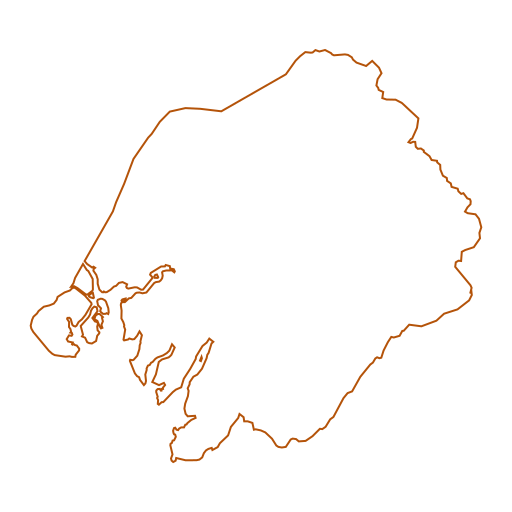 outline of Boke, Boke, Guinea
{"feature_id": "49546643B57120226425021", "entity_name": "Boke", "entity_type": "district", "adm_level": 2, "iso_a3": "GIN", "parent_name": "Guinea", "parent_adm1": "Boke", "projection": "albers", "projection_center": [-14.504, 11.069], "detail": "fine", "context": "isolated", "style": "outline", "palette": "amber", "viewbox_px": 512, "rotation_deg": 0, "n_neighbors": 0, "source": "geoboundaries", "source_scale": "gbopen_adm2", "svg_char_len": 5970}
<svg xmlns="http://www.w3.org/2000/svg" viewBox="0 0 512 512"><path d="M421.4,326.3L436.4,320.7L444.1,313.7L457.5,309.4L469.1,300.4L471.8,295.0L471.4,291.5L470.2,293.5L471.6,287.8L470.5,285.3L455.2,266.8L455.8,262.3L458.5,260.7L461.1,261.0L461.8,251.8L465.3,250.0L473.8,247.2L480.0,238.3L479.4,232.9L481.3,227.3L479.0,218.8L475.5,214.3L467.7,213.2L465.0,211.6L467.5,207.3L470.5,204.2L470.7,201.2L470.0,199.3L467.3,198.4L463.4,193.2L461.2,193.9L458.4,191.3L457.7,188.7L451.6,186.9L450.8,183.4L447.1,180.9L446.8,178.0L442.9,175.7L440.4,169.6L440.2,164.9L437.2,162.4L437.0,160.8L431.6,160.0L429.5,156.2L423.8,151.9L423.8,150.5L420.9,148.5L417.8,148.8L415.8,146.8L415.2,141.9L413.1,141.8L410.5,143.0L408.5,142.2L410.9,139.1L412.2,138.5L417.0,127.8L418.4,118.4L401.9,103.0L395.6,99.7L386.5,99.5L382.3,98.1L383.2,92.0L378.7,89.9L378.2,87.9L376.4,85.5L377.6,79.2L381.5,73.2L379.0,67.7L372.2,60.9L366.1,66.0L356.5,62.6L353.0,59.6L351.8,57.3L348.0,54.9L344.9,54.4L334.0,55.3L332.2,54.5L331.0,53.1L325.0,50.0L319.4,51.5L315.4,50.1L312.6,52.5L310.8,52.7L305.3,52.1L300.1,56.2L295.6,60.7L285.9,74.3L221.3,111.3L200.2,108.8L185.4,108.1L169.8,111.6L159.8,121.8L151.7,133.9L148.2,137.6L133.5,158.9L124.1,183.9L116.1,202.2L112.9,211.4L84.6,261.1L87.1,264.0L92.1,267.5L93.5,266.7L95.1,267.8L93.7,268.9L93.4,270.7L96.3,274.9L97.7,279.3L97.7,283.9L99.4,289.6L102.1,292.2L103.2,292.3L103.9,291.5L105.1,292.3L106.8,292.1L110.5,289.8L113.9,286.6L116.2,285.8L118.9,282.9L122.6,282.1L127.1,284.3L126.2,286.8L126.9,288.0L128.3,288.6L134.6,287.3L137.0,287.4L141.1,289.7L143.0,289.6L152.2,278.3L152.2,277.1L150.1,274.7L150.8,272.9L161.1,266.5L164.9,266.4L165.7,265.0L169.8,266.1L170.2,268.5L173.8,269.2L174.8,271.4L174.3,272.3L171.9,270.4L166.1,270.5L162.9,271.3L162.1,272.3L162.7,275.7L162.1,278.4L160.7,280.4L159.2,281.6L155.9,282.1L154.2,283.0L146.4,292.5L142.5,293.3L139.6,292.5L136.8,292.7L135.5,293.3L131.3,297.9L128.8,298.4L124.9,302.1L122.3,302.1L121.1,303.2L120.8,305.0L121.6,310.6L121.4,318.5L123.3,322.1L124.3,325.2L124.0,326.5L125.2,329.6L123.5,339.7L124.1,340.4L128.1,339.5L129.3,338.5L132.3,339.4L134.3,339.1L137.1,335.8L139.5,331.4L141.9,335.2L140.4,341.4L140.6,342.9L139.7,345.3L139.4,349.1L137.3,355.7L133.6,359.8L132.6,360.2L130.2,359.8L129.9,360.9L134.9,373.4L137.1,376.2L139.1,377.2L140.0,379.9L143.9,385.1L145.4,383.4L146.0,381.0L145.3,374.5L146.7,369.9L146.6,368.5L147.9,365.6L149.7,365.0L151.1,362.7L152.6,362.0L155.4,358.8L157.5,357.4L162.9,355.5L166.8,353.1L169.4,350.6L172.0,344.3L174.7,347.5L171.4,354.8L170.3,356.0L168.6,357.4L162.1,359.4L158.8,361.9L155.9,374.4L152.3,382.0L159.0,385.1L163.9,382.9L165.1,385.0L162.8,387.8L163.0,388.9L161.8,389.0L161.5,390.6L160.8,390.6L159.8,388.9L157.6,389.1L156.3,390.5L156.2,392.0L157.7,396.8L157.1,398.0L158.1,400.1L157.8,403.9L158.9,404.7L161.6,402.2L163.3,402.1L172.8,392.1L175.9,389.6L181.2,387.3L183.8,378.7L190.2,368.9L195.7,359.0L196.1,356.5L202.5,346.0L206.7,342.6L209.3,338.6L213.3,341.8L211.5,343.5L208.6,352.9L207.3,354.8L206.6,358.2L202.0,368.7L197.3,374.6L193.4,376.7L189.7,382.2L189.6,384.3L187.7,388.3L188.6,390.9L187.9,396.2L185.2,403.6L184.4,408.6L185.6,413.8L187.7,416.3L195.0,415.8L195.6,417.9L191.3,419.9L187.4,423.1L186.5,424.5L185.3,424.7L184.0,427.4L181.2,427.4L179.1,428.6L178.1,430.1L176.5,429.7L175.2,427.7L174.0,428.1L173.1,430.8L173.5,433.0L174.1,434.3L175.2,434.6L175.8,436.8L174.1,440.3L172.6,440.6L171.9,442.9L170.6,443.7L170.3,445.2L172.5,454.4L171.0,458.5L171.6,460.6L173.2,462.0L175.6,460.7L176.2,458.0L185.7,460.3L196.5,460.2L199.4,459.6L202.2,457.4L203.9,453.1L206.0,450.4L208.4,448.9L211.7,447.9L212.4,450.0L217.7,447.1L219.9,443.2L228.1,435.4L230.9,426.9L238.2,418.0L239.5,414.0L243.6,417.2L244.2,421.3L247.6,421.3L252.4,422.9L253.9,429.7L255.7,429.3L260.8,430.4L265.3,432.4L272.0,438.7L276.3,445.5L278.4,446.9L281.8,447.5L285.8,446.9L290.7,439.5L292.7,438.6L296.1,439.1L298.8,441.4L305.6,440.9L312.5,436.2L319.9,428.8L322.3,429.1L325.6,426.8L330.2,419.3L333.4,417.0L343.5,398.1L347.6,393.1L352.1,391.4L360.3,376.8L370.3,364.5L372.9,362.6L375.3,358.5L377.1,357.3L379.4,358.2L381.3,357.7L383.6,350.5L387.9,342.1L391.3,336.9L393.8,337.5L399.6,335.8L402.3,330.9L403.7,330.8L409.2,324.7L421.4,326.3ZM85.4,314.9L91.6,304.3L91.3,302.9L84.9,295.6L75.0,287.8L72.6,287.8L69.9,290.5L64.6,292.4L57.6,296.9L56.6,300.0L53.8,303.6L49.4,305.4L43.8,306.7L38.6,311.0L36.9,313.6L33.5,316.7L32.1,319.8L30.7,325.6L31.3,328.5L33.3,332.0L48.8,350.7L52.3,353.8L54.7,355.1L65.5,356.7L69.6,356.3L72.0,356.9L75.3,356.8L75.7,354.7L79.1,350.4L79.2,348.7L76.8,345.5L75.0,345.1L74.0,344.2L72.5,344.7L72.0,344.2L72.8,342.5L68.1,341.5L66.7,339.1L69.0,335.4L71.6,335.8L72.4,334.6L71.8,332.9L70.4,332.6L71.1,331.7L70.4,329.0L69.0,327.0L69.1,321.9L67.1,318.9L67.5,317.9L69.5,317.8L70.8,319.2L72.3,324.7L73.5,325.9L75.3,326.5L76.5,325.7L78.6,322.0L81.9,319.3L85.4,314.9ZM91.9,343.5L96.1,341.0L97.2,335.8L99.2,333.4L99.4,332.3L97.6,330.3L97.2,326.6L98.0,323.6L97.2,322.1L94.9,321.4L92.4,318.0L97.5,311.2L96.7,307.3L94.3,306.6L92.5,308.2L91.0,310.7L90.1,314.5L88.3,317.5L80.7,326.0L83.0,334.7L82.0,336.4L85.1,337.7L87.2,342.2L89.1,343.1L91.9,343.5ZM92.7,279.0L88.3,271.0L86.8,270.0L83.0,264.0L75.1,277.9L73.4,283.3L71.1,286.7L74.1,286.2L77.5,288.1L85.6,294.2L87.2,294.7L92.4,290.8L92.9,289.4L92.7,279.0ZM108.7,312.3L108.3,308.2L106.0,301.7L104.9,300.3L102.4,298.9L100.7,298.7L97.8,299.8L97.2,301.2L98.0,305.2L101.0,308.3L100.2,311.1L100.9,312.1L103.1,313.9L105.6,313.8L106.6,313.2L108.2,314.0L108.7,312.3ZM101.0,328.4L102.4,327.8L101.4,324.9L102.9,321.3L102.0,317.9L102.9,317.1L99.6,314.0L97.9,314.0L95.6,315.5L94.3,319.1L97.4,320.9L99.6,326.2L101.0,328.4ZM93.9,297.7L92.9,293.0L90.9,293.7L88.9,295.4L89.0,296.4L90.1,297.2L93.2,298.2L93.9,297.7ZM157.7,277.9L158.2,277.2L156.9,274.5L155.3,274.9L154.2,276.7L154.5,277.8L157.7,277.9ZM125.7,299.8L125.7,298.5L122.4,299.4L121.5,300.5L121.8,301.3L123.1,301.6L125.7,299.8ZM201.9,358.3L201.5,356.9L200.0,360.6L200.9,361.1L201.9,358.3Z" fill="none" stroke="#b45309" stroke-width="2"/></svg>